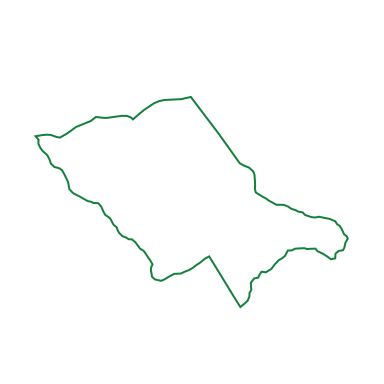 Cachoeirinha, Tocantins, Brazil (Robinson projection), rotated 231°
{"feature_id": "56859067B94682189349477", "entity_name": "Cachoeirinha", "entity_type": "district", "adm_level": 2, "iso_a3": "BRA", "parent_name": "Brazil", "parent_adm1": "Tocantins", "projection": "robinson", "projection_center": [-47.863, -6.098], "detail": "fine", "context": "isolated", "style": "outline", "palette": "green", "viewbox_px": 384, "rotation_deg": 231, "n_neighbors": 0, "source": "geoboundaries", "source_scale": "gbopen_adm2", "svg_char_len": 1998}
<svg xmlns="http://www.w3.org/2000/svg" viewBox="0 0 384 384"><g transform="rotate(231 192 192)"><path d="M68.5,284.9L72.5,285.5L75.7,284.5L79.0,284.9L84.1,282.3L89.5,277.9L93.2,274.7L94.5,271.9L97.0,269.3L103.0,265.4L106.5,265.2L109.8,262.3L112.4,261.2L116.7,258.5L120.3,257.5L124.3,255.2L128.9,249.6L137.2,246.2L140.1,245.5L143.8,244.0L147.8,242.5L151.5,241.3L154.8,242.8L157.4,245.2L161.4,248.2L163.9,249.9L166.5,251.7L169.8,252.5L175.0,251.7L179.8,249.0L184.2,247.2L220.3,249.4L266.6,250.9L270.9,242.1L281.0,228.3L283.4,223.4L284.9,218.2L285.9,206.8L285.9,200.6L285.6,191.8L288.3,191.5L292.1,189.3L295.4,185.4L303.0,172.7L305.5,169.7L310.8,164.5L310.9,157.9L313.2,150.4L315.5,142.9L316.1,131.5L317.4,123.6L320.0,121.4L325.2,118.2L327.9,115.3L330.7,111.0L333.7,105.6L329.3,105.7L326.0,102.9L321.6,101.9L318.2,101.7L315.5,102.1L311.7,102.7L307.2,101.8L302.8,100.2L298.1,100.8L293.8,103.9L290.7,104.7L285.9,103.9L282.5,103.1L277.8,102.0L271.4,98.5L267.4,98.7L264.8,99.3L259.3,101.8L255.4,103.3L250.6,105.2L248.1,107.3L245.5,108.5L242.3,112.1L237.9,112.3L232.4,110.8L228.9,110.2L223.0,111.8L215.9,110.4L212.2,111.2L209.1,110.2L206.3,109.6L201.4,110.2L198.1,112.1L195.1,113.1L193.0,115.5L188.6,116.4L185.0,116.2L180.6,116.0L176.7,117.4L172.3,117.1L168.5,116.7L164.7,116.4L160.6,115.8L158.8,112.3L156.4,110.3L153.9,109.2L151.5,107.6L147.5,108.1L142.4,112.1L141.4,115.5L140.6,121.5L139.6,126.6L135.6,132.1L134.7,136.0L133.3,140.2L132.7,143.4L132.4,150.2L132.0,153.3L132.0,160.4L131.1,164.8L119.2,163.3L83.1,158.5L72.2,157.2L72.2,162.8L72.5,166.9L74.7,170.9L77.3,173.1L78.6,176.5L84.4,180.5L85.7,185.8L83.8,189.6L85.2,192.3L86.3,195.9L83.1,198.9L82.3,205.3L83.7,210.9L84.4,216.6L83.8,220.5L83.8,224.0L86.2,229.6L83.7,233.0L83.2,236.2L80.7,239.8L77.6,244.0L75.3,245.5L73.2,248.5L70.3,252.3L67.0,252.3L61.1,255.1L55.7,256.8L52.4,257.6L50.3,261.5L53.8,264.8L53.9,268.8L51.7,272.8L53.0,275.5L56.0,279.3L57.8,283.8L60.4,284.4L63.4,283.6L68.5,284.9Z" fill="none" stroke="#15803d" stroke-width="2"/></g></svg>